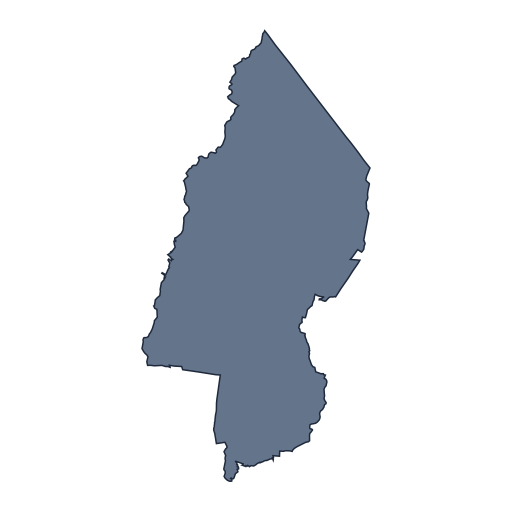 Cacahoatán, Chiapas, Mexico (orthographic projection)
{"feature_id": "50627088B46673290590082", "entity_name": "Cacahoatán", "entity_type": "district", "adm_level": 2, "iso_a3": "MEX", "parent_name": "Mexico", "parent_adm1": "Chiapas", "projection": "orthographic", "projection_center": [-92.167, 15.088], "detail": "fine", "context": "isolated", "style": "filled", "palette": "slate", "viewbox_px": 512, "rotation_deg": 0, "n_neighbors": 0, "source": "geoboundaries", "source_scale": "gbopen_adm2", "svg_char_len": 6048}
<svg xmlns="http://www.w3.org/2000/svg" viewBox="0 0 512 512"><path d="M292.2,451.4L292.5,450.4L294.2,448.5L296.6,446.9L305.7,442.3L308.5,441.7L309.6,440.7L309.5,435.2L309.8,433.4L311.1,432.0L312.5,430.0L312.2,429.4L311.1,428.9L310.3,428.8L309.8,428.3L309.7,426.4L310.0,424.9L310.8,424.2L315.5,423.3L317.4,422.0L319.3,419.8L319.9,418.1L320.1,416.8L319.6,413.8L319.8,412.6L320.7,410.9L322.5,409.5L324.0,407.0L324.2,405.5L324.9,404.4L326.0,403.7L326.1,402.5L324.7,400.4L324.3,399.2L324.0,398.7L324.6,395.6L324.4,394.4L324.0,389.2L324.9,387.1L326.0,385.9L326.9,382.0L326.6,380.5L326.4,380.1L325.6,379.0L325.1,379.0L325.0,378.7L324.1,378.1L325.4,375.1L323.8,374.7L323.4,373.7L320.9,373.7L315.7,371.8L314.8,367.4L312.9,366.7L311.4,364.6L310.0,360.4L309.3,358.9L308.9,356.3L309.5,353.4L308.9,351.8L309.6,350.9L309.7,350.5L309.3,349.5L309.4,348.5L309.1,347.6L309.1,347.2L308.0,343.8L306.7,341.8L306.6,340.7L305.1,336.9L305.2,336.1L304.7,335.5L305.1,334.6L305.1,333.6L301.0,332.3L300.3,331.7L300.0,330.9L299.8,329.3L299.6,328.8L298.8,327.9L299.6,324.3L300.5,323.7L301.1,323.0L301.8,322.7L302.1,322.3L302.1,321.4L301.9,320.9L302.0,319.1L302.4,317.1L303.8,317.6L305.4,317.7L306.5,313.9L307.4,309.6L310.1,307.1L310.6,306.4L311.6,306.0L312.1,305.4L312.7,302.6L313.2,301.1L314.0,299.9L314.4,296.6L315.2,294.3L317.3,295.5L319.2,296.2L321.3,296.7L324.2,297.0L323.2,297.3L321.4,298.8L319.4,298.9L319.2,299.8L321.5,299.8L322.6,300.6L323.6,300.7L324.4,301.2L325.3,300.9L325.7,301.1L328.5,298.0L329.8,297.1L330.9,296.9L332.9,297.0L334.8,296.6L335.6,296.9L341.4,287.9L347.7,278.9L352.8,270.9L357.8,263.7L359.9,260.2L350.3,259.4L352.7,256.6L357.7,249.6L361.5,252.1L362.1,251.6L363.7,249.4L364.0,247.9L364.1,246.2L364.9,244.4L365.0,243.0L364.1,241.1L364.1,240.6L363.7,240.3L368.8,213.2L366.4,208.6L366.5,206.1L366.2,202.8L366.5,201.0L367.2,200.0L367.6,198.8L367.8,197.9L367.5,194.3L367.9,191.0L369.4,184.0L369.2,183.4L367.0,181.5L366.0,180.2L365.9,179.4L366.7,176.0L370.0,168.0L363.8,160.2L358.5,152.8L351.2,143.2L345.5,136.2L307.1,86.2L291.1,64.9L275.1,44.7L267.5,34.2L264.7,30.7L264.0,32.3L262.9,33.5L262.1,37.6L262.0,38.9L261.0,43.2L260.3,43.7L259.1,45.2L258.1,46.0L256.7,46.5L255.7,47.2L255.6,48.0L254.4,49.3L252.8,49.8L252.1,50.1L251.0,51.1L250.5,53.7L250.2,54.3L249.7,54.7L249.6,56.0L249.3,56.8L248.1,57.6L247.1,57.9L245.5,59.1L244.0,58.1L242.1,58.9L241.7,61.2L239.0,62.7L237.1,64.1L235.2,65.1L234.1,65.4L233.9,65.8L233.8,66.6L234.5,67.2L235.0,68.0L235.7,72.6L235.0,74.1L232.2,77.0L231.5,79.7L229.9,82.2L231.7,83.6L232.0,84.2L231.7,84.7L229.7,85.9L229.1,86.8L229.0,88.0L229.1,88.8L231.5,90.1L232.1,91.7L232.0,92.7L231.7,93.8L231.0,94.3L230.1,94.7L227.7,96.7L228.4,98.7L229.7,99.5L231.8,101.5L238.6,105.7L236.1,108.0L234.8,109.7L234.8,111.3L234.4,112.7L232.8,115.1L231.5,116.3L230.7,117.4L230.9,119.5L230.1,120.2L227.3,121.6L226.7,122.1L224.7,125.5L225.2,127.7L224.9,131.4L225.0,133.9L225.2,134.5L225.2,137.2L224.7,139.1L223.1,143.1L222.7,144.4L220.4,147.3L218.3,147.1L217.7,147.6L216.7,149.1L216.1,149.6L216.0,150.4L216.4,151.2L216.4,152.4L215.2,153.3L214.4,152.8L211.1,152.2L210.3,152.6L208.8,154.0L208.0,157.2L207.1,157.9L206.1,158.0L204.6,157.9L201.7,156.2L199.8,156.5L198.4,157.6L198.6,158.6L199.2,159.5L199.0,160.6L197.3,163.9L196.7,164.8L195.8,165.5L195.2,165.3L193.6,165.3L192.4,165.8L191.7,166.8L191.6,167.7L190.6,168.3L189.5,168.7L186.1,173.3L188.0,176.2L186.2,178.0L184.8,179.2L184.3,180.2L183.6,180.8L184.3,181.8L185.7,187.4L186.0,189.7L186.4,190.4L186.5,191.4L185.9,193.2L185.5,195.0L184.7,196.2L184.7,197.0L184.0,199.6L184.5,200.6L184.8,202.4L185.6,203.0L186.2,204.4L188.6,206.6L189.2,209.7L189.1,210.8L184.9,215.7L183.8,217.7L183.9,221.2L183.0,230.1L181.3,233.4L177.3,236.8L176.9,237.0L176.5,237.6L175.3,237.7L174.9,238.0L174.6,239.4L174.9,240.3L175.7,240.3L175.7,241.4L173.9,241.3L174.4,244.5L175.2,247.2L171.6,252.0L171.4,251.5L170.7,251.9L170.1,253.2L167.8,254.7L169.9,256.5L170.1,256.9L170.7,257.1L170.6,257.5L170.8,257.9L172.7,259.4L172.2,259.5L171.8,259.3L171.3,260.7L168.7,259.0L168.0,260.0L168.9,261.6L169.8,263.0L168.8,266.9L169.4,267.7L168.0,269.4L168.1,269.9L167.5,270.5L167.3,271.3L165.7,274.7L162.2,272.7L161.8,273.3L164.7,275.2L164.5,275.8L164.8,276.0L164.6,276.3L164.2,277.9L165.1,277.6L163.9,279.9L161.4,282.7L160.2,289.2L160.2,290.0L160.4,291.1L159.8,295.6L157.3,297.7L155.2,300.0L155.1,301.7L154.4,305.6L153.7,306.0L154.8,308.4L156.9,309.4L157.3,317.2L154.4,320.7L154.2,322.8L152.2,329.1L150.4,332.7L149.4,333.9L148.3,336.6L146.8,337.4L146.2,337.6L144.1,337.6L143.6,338.1L143.0,340.0L143.3,341.7L142.0,348.6L143.7,351.6L144.9,353.2L146.0,354.2L147.0,355.1L147.2,355.6L148.0,356.8L146.8,361.7L147.6,365.4L150.4,365.3L154.5,365.8L161.9,365.4L165.5,366.5L167.9,366.5L170.1,367.3L170.0,366.6L169.4,365.3L174.3,366.1L181.7,366.5L182.7,369.7L198.0,371.9L215.7,374.7L220.3,375.0L216.9,399.2L216.5,403.0L216.4,409.3L216.3,411.3L215.5,415.1L215.0,419.7L215.0,421.2L214.5,422.7L214.6,423.9L214.3,425.2L214.3,426.6L213.8,428.1L213.7,430.0L214.8,433.7L216.4,443.6L224.9,442.3L226.8,446.0L227.0,447.3L226.5,448.2L225.6,448.9L224.0,451.8L224.4,452.5L225.7,455.7L225.2,457.1L225.1,458.9L225.2,459.7L225.5,460.4L225.4,461.1L223.8,469.0L224.0,469.8L225.1,471.2L225.2,471.9L225.2,473.3L224.1,476.4L225.2,478.3L227.3,480.2L229.2,481.1L230.8,481.3L231.8,481.0L231.8,479.5L230.6,478.4L231.1,478.0L232.4,478.8L233.1,478.8L233.4,478.6L234.0,477.9L235.4,473.7L237.9,471.8L237.1,469.3L238.2,468.7L238.4,469.0L238.6,468.9L238.6,467.7L238.2,466.7L237.9,466.5L237.3,466.8L237.1,466.4L237.6,465.6L237.7,465.2L237.5,464.7L236.7,464.4L236.9,463.3L236.8,462.6L235.6,461.7L235.8,461.3L243.2,463.9L243.1,464.4L242.7,465.0L242.2,465.2L245.8,466.5L246.0,465.7L247.3,466.1L247.7,465.4L248.7,466.0L249.4,466.7L251.1,465.6L253.7,466.0L255.9,464.7L257.3,463.5L259.8,462.3L260.0,462.8L263.3,461.5L264.4,460.8L265.6,460.5L266.8,460.5L270.2,459.0L271.7,458.8L272.2,458.0L272.6,458.5L273.2,460.1L273.4,459.0L272.8,457.8L273.5,457.3L273.0,455.7L279.5,456.2L279.7,451.1L283.3,451.3L285.9,450.7L290.0,450.9L292.2,451.4Z" fill="#64748b" stroke="#1e293b" stroke-width="1.5"/></svg>